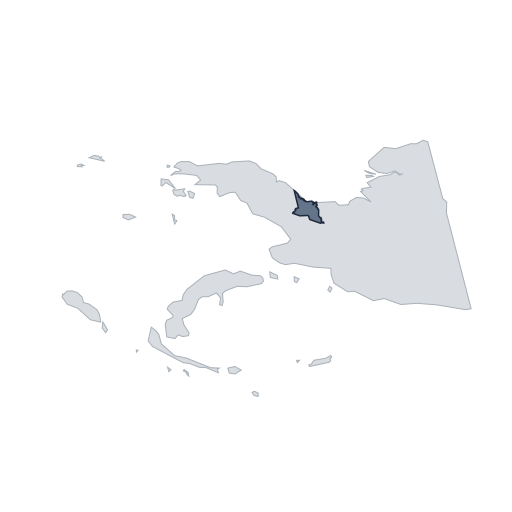 Kerema District, Gulf, Papua New Guinea (highlighted), rotated 166°
{"feature_id": "67681753B5662313405316", "entity_name": "Kerema District", "entity_type": "district", "adm_level": 2, "iso_a3": "PNG", "parent_name": "Papua New Guinea", "parent_adm1": "Gulf", "projection": "orthographic", "projection_center": [146.045, -7.858], "detail": "fine", "context": "in_parent", "style": "filled", "palette": "slate", "viewbox_px": 512, "rotation_deg": 166, "n_neighbors": 0, "source": "geoboundaries", "source_scale": "gbopen_adm2", "svg_char_len": 7577}
<svg xmlns="http://www.w3.org/2000/svg" viewBox="0 0 512 512"><g transform="rotate(166 256 256)"><path d="M61.7,325.3L60.9,266.6L57.9,262.2L60.8,251.7L60.0,152.8L65.6,153.2L92.8,165.0L111.1,171.1L127.1,173.9L141.9,183.7L152.8,184.2L168.9,198.0L175.5,199.0L186.9,210.6L187.6,220.0L186.3,225.9L203.7,231.6L220.3,239.6L229.4,240.5L234.4,243.3L240.6,250.2L241.7,259.4L238.1,261.0L222.5,260.9L218.2,263.9L224.4,278.3L238.4,291.6L248.9,297.7L252.0,309.6L257.3,313.4L260.7,322.9L266.2,323.9L276.8,322.4L278.5,326.4L276.8,332.4L278.4,334.8L297.9,340.0L291.3,343.1L294.2,348.6L306.9,353.4L314.8,355.3L319.5,354.8L313.9,357.4L309.0,356.6L308.0,357.4L310.1,359.7L314.1,362.2L309.8,365.3L305.6,365.7L297.7,363.6L291.0,357.6L269.7,354.8L262.3,352.2L256.5,353.1L239.3,349.8L233.6,345.6L229.9,339.3L219.7,331.6L217.3,327.9L218.3,322.9L215.5,323.6L209.6,320.0L193.9,296.8L185.9,293.5L166.1,289.6L163.2,285.1L153.9,283.4L151.8,286.4L144.3,288.5L137.8,286.3L131.4,280.6L139.0,293.4L136.4,293.4L137.6,295.4L136.2,295.7L127.9,295.0L130.4,300.3L116.9,303.3L106.7,302.4L101.9,303.7L99.9,303.6L97.2,299.7L93.6,300.4L96.7,300.5L100.6,305.0L109.1,304.3L117.3,307.6L124.3,315.2L124.1,320.5L105.4,330.4L94.4,326.3L78.6,327.5L72.9,326.0L65.8,327.9L61.7,325.3ZM346.7,195.6L350.6,198.3L354.6,195.5L362.1,199.1L360.6,211.8L358.1,215.3L351.7,216.5L350.9,218.3L355.0,225.9L353.2,228.5L347.6,231.3L338.4,230.8L336.0,236.0L330.8,240.5L310.9,249.3L289.3,249.9L282.2,244.2L274.8,245.1L264.8,238.5L256.4,235.7L254.7,233.1L254.9,229.8L257.3,227.9L272.2,228.4L281.7,231.1L294.1,229.6L297.6,227.6L299.0,219.4L301.0,216.1L303.1,217.6L300.5,224.0L303.4,229.7L312.3,228.1L317.9,229.5L322.3,227.8L328.6,219.0L333.6,215.1L342.7,213.1L342.6,206.6L339.5,197.6L340.8,195.0L346.7,195.6ZM454.1,263.0L452.9,265.9L452.3,265.0L447.8,267.6L442.7,266.6L438.1,263.6L434.7,258.3L434.6,252.5L429.7,249.8L423.3,242.3L422.0,237.4L422.7,229.4L432.1,234.2L441.6,248.4L450.7,254.8L454.1,263.0ZM381.2,199.7L374.8,212.3L370.8,207.0L369.3,203.3L369.1,193.6L359.0,178.9L348.5,174.0L327.1,158.6L318.7,156.1L320.8,155.5L320.8,151.8L331.3,159.7L337.9,161.7L346.6,167.9L352.5,170.1L378.2,193.1L381.2,199.7ZM210.5,135.2L230.8,135.8L231.2,137.5L228.5,137.7L225.0,140.8L212.9,139.9L207.5,141.4L207.2,139.2L209.1,138.6L208.9,136.4L210.5,135.2ZM311.5,331.1L315.1,333.3L318.2,333.1L320.6,335.6L320.9,339.7L319.6,340.7L318.7,339.4L309.0,338.5L310.9,336.1L309.1,331.5L311.5,331.1ZM310.5,154.0L303.3,153.9L298.0,148.9L305.0,146.6L310.3,148.9L310.5,154.0ZM325.6,349.1L330.2,346.6L331.2,347.5L329.4,353.8L322.4,351.0L317.8,340.8L325.6,349.1ZM363.4,322.9L371.1,321.9L374.7,324.7L375.8,325.7L375.0,328.3L368.6,327.1L363.4,322.9ZM379.9,384.5L394.1,391.7L388.8,392.8L384.3,390.8L383.8,389.1L382.0,389.6L382.9,388.4L379.9,384.5ZM246.5,237.3L240.1,232.0L240.4,228.4L247.3,231.6L246.5,237.3ZM306.6,335.0L304.7,335.1L300.5,331.4L303.2,327.3L306.1,328.9L306.6,335.0ZM420.5,229.0L417.9,220.4L420.3,217.9L422.7,223.4L420.5,229.0ZM224.1,226.7L219.6,223.4L222.9,220.3L224.9,221.9L224.1,226.7ZM292.8,124.6L290.3,125.1L287.0,122.4L288.0,119.2L291.8,121.3L292.8,124.6ZM194.5,205.7L191.8,208.8L190.0,206.4L192.9,203.0L194.5,205.7ZM327.2,306.7L327.2,316.9L325.2,314.9L326.2,310.7L324.2,309.4L327.2,306.7ZM126.0,308.8L130.4,312.9L119.8,306.3L126.0,308.8ZM129.8,307.7L124.0,306.1L122.8,304.8L129.6,305.3L129.8,307.7ZM407.7,386.0L407.3,387.4L403.5,387.6L401.1,385.5L403.5,386.0L403.1,384.6L407.7,386.0ZM368.5,164.8L368.7,169.5L366.0,166.2L368.5,164.8ZM354.3,162.1L353.2,163.3L350.5,160.0L351.1,159.3L354.3,162.1ZM320.7,363.5L320.3,365.6L317.7,364.5L318.1,363.2L320.7,363.5ZM352.0,158.4L350.0,158.9L350.3,155.7L352.0,158.4ZM241.7,142.5L241.9,144.9L239.0,144.3L241.7,142.5ZM395.2,191.7L394.9,193.8L393.3,193.1L395.2,191.7Z" fill="#d9dde1" stroke="#a8b0b8" stroke-width="1"/><path d="M210.1,288.6L203.8,284.4L196.3,282.9L195.4,282.3L195.0,278.4L185.4,272.1L185.2,272.2L185.2,272.3L184.8,272.4L184.6,272.4L184.4,272.4L184.2,272.3L183.9,272.3L183.7,272.2L183.5,272.3L183.4,272.2L183.0,272.0L182.9,272.0L182.9,271.9L182.7,271.9L182.3,271.6L182.2,271.9L182.3,272.0L182.5,272.2L182.4,272.3L182.5,272.4L182.7,272.9L183.0,272.9L183.3,272.5L183.5,272.7L184.1,273.1L184.2,273.3L184.2,273.5L184.3,273.7L184.4,274.0L184.2,274.5L183.8,274.9L183.9,275.0L183.7,275.1L183.6,275.3L183.7,275.6L183.8,275.9L183.7,276.0L183.9,276.2L183.8,276.3L183.8,276.5L183.7,276.7L183.8,276.9L183.8,277.1L183.7,277.6L184.8,278.0L185.2,279.0L185.6,279.7L184.1,285.4L184.1,285.5L184.1,285.8L184.3,286.2L184.2,286.3L184.3,286.4L184.4,286.5L184.5,286.5L184.4,286.7L184.6,287.0L184.7,287.3L184.8,287.5L184.7,287.5L184.7,287.9L185.0,288.0L185.3,288.3L185.4,288.5L185.5,288.6L185.6,288.8L185.6,289.0L185.8,289.2L186.0,289.5L185.8,289.6L185.7,289.5L185.3,289.5L184.9,290.0L184.9,290.3L184.8,290.2L184.7,290.3L184.4,290.4L184.4,290.6L184.2,290.7L184.3,290.7L184.3,290.8L184.4,291.0L184.6,291.2L184.7,291.9L184.3,292.9L184.2,293.6L184.8,293.7L185.4,293.7L185.7,293.7L186.3,293.5L186.6,293.4L186.5,293.2L186.3,293.2L186.0,293.4L185.7,293.4L185.9,293.2L186.2,293.0L186.1,292.9L186.2,293.0L186.3,293.0L186.6,292.8L186.5,293.0L186.4,293.0L186.5,293.1L186.9,293.2L187.0,293.2L187.5,292.7L187.8,292.4L188.0,292.2L188.2,292.3L187.8,292.5L187.6,292.7L187.6,292.8L187.2,293.1L187.3,293.3L187.5,293.4L187.6,293.6L187.8,293.7L187.9,293.9L187.9,294.0L188.0,294.3L187.7,294.1L187.8,293.9L187.6,293.7L187.4,293.6L186.8,293.7L186.7,293.7L186.7,293.8L186.8,293.9L187.1,294.0L187.3,294.1L187.3,294.3L187.5,294.6L187.8,294.8L187.9,295.0L188.0,295.1L188.4,295.4L188.5,295.6L188.8,295.7L189.0,295.8L189.5,295.9L189.8,295.9L190.4,295.9L190.5,296.0L191.4,296.1L191.5,296.1L191.8,296.1L192.6,296.2L192.9,296.2L193.1,296.3L193.3,296.3L193.9,296.5L194.5,297.0L195.0,297.2L195.1,297.4L195.0,297.5L194.9,297.4L194.9,297.5L195.0,297.7L195.4,298.1L195.5,298.2L195.6,298.3L195.5,298.2L195.7,298.3L195.8,298.2L195.8,298.3L195.9,298.5L196.0,298.7L196.2,298.8L196.4,298.9L196.3,299.0L196.2,298.9L196.1,299.0L195.8,298.8L195.6,298.7L195.6,299.0L195.8,299.4L196.0,299.6L196.4,300.0L196.6,300.1L196.8,300.1L196.7,300.2L196.9,300.4L197.2,300.5L197.3,300.5L197.5,300.4L197.5,300.5L197.4,300.6L197.7,300.8L197.9,300.9L198.1,301.1L198.3,301.2L198.5,301.1L198.4,301.3L198.8,301.5L199.0,301.7L198.9,301.6L199.0,301.5L199.1,301.4L199.1,301.6L199.2,301.8L199.5,302.1L199.7,302.5L200.0,302.6L200.3,302.8L200.5,302.9L200.3,302.9L200.2,302.9L200.0,302.7L199.7,302.6L199.7,302.8L199.9,303.0L200.0,303.0L199.9,303.1L199.7,302.9L199.6,302.5L199.5,302.9L199.6,303.2L199.9,303.5L200.0,303.6L200.1,304.0L200.2,303.8L200.3,303.9L200.3,304.0L200.2,304.1L200.2,304.5L200.2,304.8L200.2,305.0L200.1,305.5L200.4,305.8L200.5,306.0L200.6,306.3L200.7,306.7L201.0,307.3L201.1,307.5L201.3,307.7L201.5,308.0L201.8,308.6L202.0,308.9L202.0,309.0L202.3,309.3L202.5,309.5L202.6,309.8L202.9,310.1L203.0,310.2L203.1,310.3L203.2,292.5L204.5,292.5L204.6,292.4L204.8,292.4L205.1,292.3L205.3,292.4L205.3,292.5L205.5,292.5L205.8,292.4L206.0,292.2L206.3,292.0L206.3,291.9L206.4,292.0L206.5,291.9L206.5,291.7L206.6,291.8L206.8,291.6L206.7,291.4L206.8,291.3L206.8,291.2L206.9,290.9L206.9,290.7L207.0,290.6L207.1,290.4L207.3,290.3L207.4,290.2L207.5,290.1L207.6,289.8L207.8,289.8L208.1,289.8L208.2,289.7L208.3,289.6L208.5,289.5L208.8,289.7L209.0,289.5L209.0,289.4L209.2,289.5L209.3,289.5L209.5,289.3L209.6,289.2L209.8,289.0L209.9,288.9L210.0,288.8L210.1,288.7L210.1,288.6ZM197.3,300.6L197.2,300.5L196.8,300.4L197.0,300.5L197.3,300.6ZM196.8,300.3L196.6,300.1L196.7,300.3L196.8,300.3ZM194.9,297.3L194.7,297.2L194.7,297.3L194.8,297.3L194.9,297.3Z" fill="#64748b" stroke="#1e293b" stroke-width="1.5"/></g></svg>